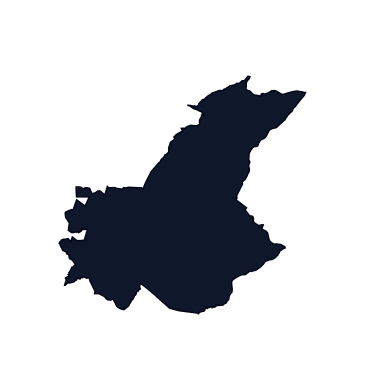 Tianguismanalco, Puebla, Mexico, rotated 114°
{"feature_id": "50627088B16397260024665", "entity_name": "Tianguismanalco", "entity_type": "district", "adm_level": 2, "iso_a3": "MEX", "parent_name": "Mexico", "parent_adm1": "Puebla", "projection": "albers", "projection_center": [-98.47, 19.0], "detail": "fine", "context": "isolated", "style": "filled", "palette": "ink", "viewbox_px": 384, "rotation_deg": 114, "n_neighbors": 0, "source": "geoboundaries", "source_scale": "gbopen_adm2", "svg_char_len": 6033}
<svg xmlns="http://www.w3.org/2000/svg" viewBox="0 0 384 384"><g transform="rotate(114 192 192)"><path d="M300.4,136.4L299.9,136.4L299.4,136.7L298.0,135.3L297.5,135.1L297.0,134.0L295.7,132.5L294.6,132.3L293.4,132.5L292.5,132.3L292.2,131.8L292.3,131.1L292.0,130.4L290.9,130.3L290.3,129.5L290.2,128.8L289.3,128.7L288.9,128.2L289.1,127.9L289.0,127.5L289.5,126.8L289.2,126.1L288.4,125.9L288.1,125.6L288.0,124.5L286.9,123.7L286.7,123.7L286.5,123.9L285.5,123.3L285.4,122.7L284.8,122.6L284.7,122.1L284.8,121.5L284.3,120.4L283.7,120.0L283.2,118.6L282.4,117.5L281.0,117.1L279.9,116.2L279.5,115.7L278.9,115.8L278.5,115.6L276.6,115.5L275.6,114.7L271.8,115.7L269.6,115.5L267.3,114.8L264.5,115.7L259.7,118.5L257.4,119.4L255.3,118.9L251.3,116.3L247.5,113.2L245.6,109.5L244.0,108.8L241.5,107.3L240.7,107.1L240.3,105.2L238.1,102.9L237.7,102.0L232.2,98.7L228.6,97.4L225.9,96.9L224.6,95.9L223.9,94.9L222.1,93.4L220.9,91.1L217.5,88.9L216.2,88.9L215.3,88.0L214.6,87.9L214.0,88.1L212.7,87.9L212.1,87.5L210.0,87.8L209.3,87.7L209.0,87.5L209.0,87.0L206.1,85.3L205.6,84.5L205.2,84.2L204.2,85.1L204.1,85.9L204.5,86.6L203.8,88.9L204.0,90.1L204.6,91.6L204.9,93.3L206.2,95.5L206.1,97.5L205.7,99.9L205.0,101.4L202.7,103.4L198.9,106.1L197.7,108.3L197.5,113.2L193.0,113.6L193.3,114.3L194.4,116.1L194.8,116.6L195.4,116.9L195.6,117.7L194.8,122.3L193.8,124.3L191.5,124.9L189.7,126.5L189.7,127.8L190.3,129.0L190.0,130.3L186.6,136.3L184.2,135.8L183.7,138.3L181.9,145.8L181.4,148.7L179.1,148.4L178.8,149.2L176.6,149.7L164.2,149.1L162.6,150.1L160.9,149.6L159.3,148.8L157.6,148.4L154.3,148.3L153.1,148.4L150.3,148.1L149.3,148.3L147.2,149.2L146.0,150.4L143.9,151.3L141.3,151.3L140.3,152.2L139.7,153.3L138.9,153.5L134.2,155.3L131.8,155.5L129.3,155.2L126.7,154.5L125.7,154.0L124.9,153.4L124.3,151.7L123.5,151.1L122.5,150.7L121.0,150.8L120.2,151.2L119.1,150.8L116.9,150.5L116.1,150.0L113.4,147.8L112.4,147.3L110.3,146.9L104.7,146.6L103.2,146.1L102.5,145.6L100.6,143.6L99.2,141.5L98.5,140.9L96.7,140.3L88.2,136.5L86.7,136.5L85.5,136.1L82.4,135.6L81.2,135.0L78.9,134.3L78.0,133.5L76.3,133.3L74.2,133.6L72.7,132.7L63.0,130.3L59.3,129.1L57.9,128.8L55.0,128.8L55.5,129.9L55.6,131.5L57.1,137.2L58.7,139.8L60.2,141.8L63.4,145.7L64.8,147.1L66.0,149.0L66.2,150.5L65.5,156.5L65.9,158.2L66.2,158.3L66.7,159.8L67.3,160.6L70.2,162.4L71.5,163.8L72.5,164.7L73.1,165.9L73.3,167.6L74.6,168.6L75.6,167.8L76.4,168.6L76.9,170.6L78.1,174.4L77.8,176.6L76.4,179.7L76.2,180.7L76.5,181.7L76.6,183.1L75.9,184.6L75.2,185.0L73.7,185.3L70.5,186.7L68.0,186.8L65.6,185.9L63.2,185.9L63.2,186.8L63.6,188.0L68.4,189.2L69.5,190.2L70.1,191.5L71.4,192.0L72.2,192.5L73.3,192.7L73.7,193.1L74.0,194.3L74.6,194.8L74.7,195.5L75.6,195.8L76.9,196.8L79.2,199.8L79.5,200.6L80.7,201.0L80.9,201.4L81.9,201.7L82.5,202.5L83.3,202.8L85.4,204.7L86.8,205.2L87.1,205.6L88.1,208.2L88.5,208.7L92.1,212.3L93.1,213.7L95.3,214.6L97.3,216.2L100.4,217.8L102.4,218.4L103.3,219.9L108.7,221.7L110.1,221.5L110.8,221.7L111.9,222.5L112.2,222.8L112.3,223.3L112.2,224.7L113.3,226.0L113.2,226.8L113.9,229.8L114.6,231.5L114.6,230.7L114.3,228.9L115.1,224.8L115.1,223.2L114.8,221.5L115.0,218.2L114.8,216.2L114.9,215.5L115.7,215.0L115.8,214.3L115.8,212.2L116.2,212.1L116.9,212.7L117.7,214.5L118.1,214.2L119.0,214.2L120.0,213.9L122.0,214.3L123.2,214.3L124.9,213.7L126.4,212.7L127.5,212.9L129.5,214.4L130.0,215.4L131.6,220.3L133.9,222.7L134.8,223.4L136.6,224.3L138.2,227.7L140.2,225.3L143.0,227.7L143.4,227.1L144.7,228.2L144.4,228.7L146.4,229.9L147.4,230.3L147.8,229.8L149.1,230.9L150.3,229.3L150.9,229.7L152.0,229.7L153.4,230.6L154.3,231.5L155.3,231.6L155.9,231.8L161.3,231.2L163.3,230.2L165.2,229.6L167.3,230.4L168.7,231.2L169.1,231.8L171.6,231.9L175.0,233.4L176.3,233.3L177.4,233.4L178.5,234.0L180.8,234.8L190.1,237.6L202.4,238.2L209.5,238.0L209.0,238.6L208.7,239.7L213.6,252.1L214.6,253.3L215.5,254.8L215.7,256.2L217.0,256.5L217.7,257.1L218.3,258.5L218.8,260.6L219.4,261.9L219.3,264.2L222.0,269.8L221.4,271.6L229.8,270.4L229.9,271.7L229.6,272.1L229.3,273.7L228.6,275.6L228.5,276.8L229.2,277.8L229.3,278.4L230.3,279.0L230.8,279.2L232.5,280.4L234.1,282.7L234.0,283.2L232.7,284.3L232.0,285.5L230.9,286.1L230.6,287.4L230.4,287.6L230.8,289.3L231.5,291.2L233.1,292.3L233.4,293.0L232.9,294.1L232.8,295.2L233.2,297.0L234.3,299.0L234.3,299.8L235.3,299.6L243.4,295.5L238.2,283.8L248.3,283.9L246.1,294.2L257.0,293.3L257.0,294.8L258.4,296.0L259.1,297.0L260.2,297.8L261.6,299.2L262.8,299.3L266.5,297.1L270.2,291.4L277.2,289.4L277.9,286.3L277.9,285.1L277.2,283.8L275.8,282.0L275.6,281.0L274.8,280.0L275.3,279.2L275.1,278.9L272.9,277.4L271.6,277.1L271.0,277.8L269.9,277.3L270.4,276.3L268.8,272.0L271.4,271.9L279.8,270.8L281.9,274.3L283.2,277.3L281.8,283.0L286.8,282.5L285.0,286.3L286.0,287.7L287.1,288.7L287.0,289.5L288.3,291.2L289.6,291.9L290.4,292.0L291.7,292.4L292.9,292.4L293.1,291.4L294.1,290.9L295.8,288.9L296.1,288.1L297.5,287.0L297.9,286.3L297.9,282.7L298.5,281.9L299.4,281.3L299.2,279.6L300.2,278.5L302.3,277.1L302.8,276.5L302.5,276.1L302.4,275.4L302.7,274.5L304.3,271.2L305.0,270.2L306.6,268.4L307.6,269.9L308.7,270.1L309.0,270.3L309.4,271.1L312.2,271.2L314.4,271.2L315.7,271.7L316.4,270.4L317.7,271.6L319.0,270.1L320.2,271.1L321.2,272.3L322.2,272.6L323.2,271.2L329.0,270.5L328.8,269.9L326.6,269.1L325.4,268.1L324.6,266.4L323.0,264.4L322.5,263.5L320.1,262.6L320.0,262.1L318.6,261.6L317.7,262.1L317.0,260.8L317.2,259.8L317.0,258.9L316.6,258.7L315.4,258.9L315.0,258.1L314.9,257.3L313.9,256.8L313.4,255.2L313.6,253.3L312.8,252.0L312.5,251.8L312.4,251.5L312.5,250.8L314.9,248.9L322.3,239.9L322.7,240.0L324.5,239.6L322.8,236.0L322.8,235.0L323.0,230.6L323.3,228.8L324.2,227.6L324.7,225.3L323.8,222.2L321.7,220.7L324.0,217.9L323.9,217.7L326.5,214.9L327.3,213.4L327.7,210.8L327.7,209.3L327.1,206.2L326.4,206.0L321.8,203.6L319.1,203.5L317.6,203.1L317.0,203.2L315.5,203.1L313.9,202.3L310.3,202.3L308.7,201.6L305.6,201.9L304.3,201.5L304.4,200.9L303.1,200.8L301.7,199.8L300.1,201.2L296.5,202.2L297.2,198.0L301.4,183.0L301.7,182.6L307.2,165.3L306.0,157.1L305.5,154.9L300.4,137.9L300.6,136.8L300.4,136.4Z" fill="#0f172a" stroke="#020617" stroke-width="1.5"/></g></svg>